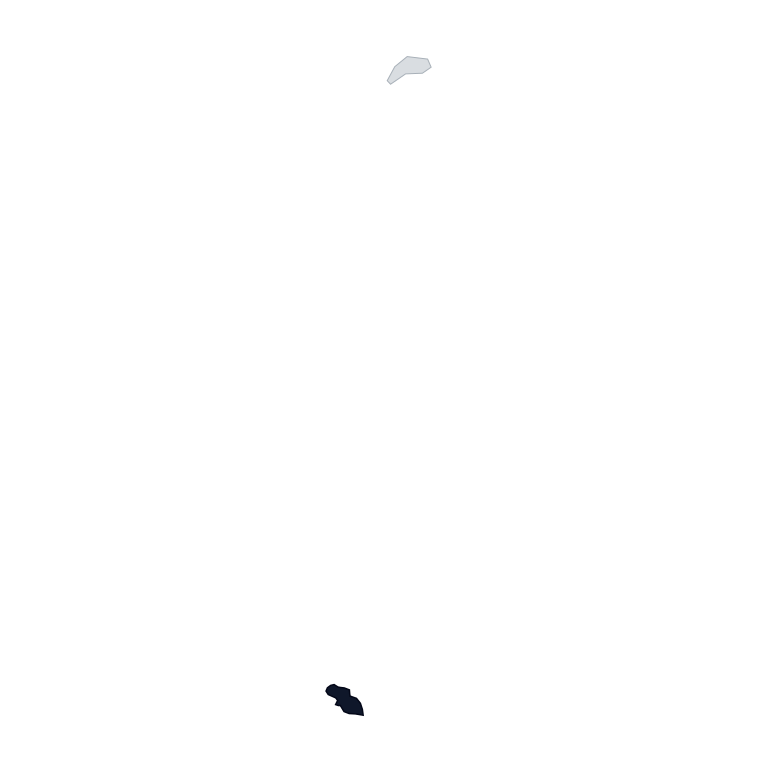 location of `Uvea within Wallis and Futuna, rotated 126°
{"feature_id": "WLF-4996", "entity_name": "`Uvea", "entity_type": "state/province", "adm_level": 1, "iso_a3": "WLF", "parent_name": "Wallis and Futuna", "parent_adm1": "", "projection": "robinson", "projection_center": [-176.158, -13.28], "detail": "fine", "context": "in_parent", "style": "filled", "palette": "ink", "viewbox_px": 768, "rotation_deg": 126, "n_neighbors": 0, "source": "natural_earth", "source_scale": "10m", "svg_char_len": 701}
<svg xmlns="http://www.w3.org/2000/svg" viewBox="0 0 768 768"><g transform="rotate(126 384 384)"><path d="M136.7,559.7L120.9,561.8L105.5,557.7L95.5,539.7L100.0,532.1L110.0,535.6L120.4,548.8L137.6,554.9L136.7,559.7ZM662.7,245.7L658.2,248.3L653.0,235.7L659.8,216.9L666.3,210.3L671.8,225.1L662.7,245.7Z" fill="#d9dde1" stroke="#a8b0b8" stroke-width="1"/><path d="M664.2,206.2L667.6,213.1L671.1,218.5L672.5,223.8L669.7,230.4L670.7,231.5L671.1,232.4L671.8,234.7L667.2,235.5L666.3,238.6L668.0,246.6L666.5,250.4L663.0,251.2L659.2,250.0L656.5,247.7L656.2,242.8L653.2,237.4L651.8,232.2L656.5,228.2L654.5,221.5L656.2,215.4L660.0,210.2L664.2,206.2Z" fill="#0f172a" stroke="#020617" stroke-width="1.5"/></g></svg>